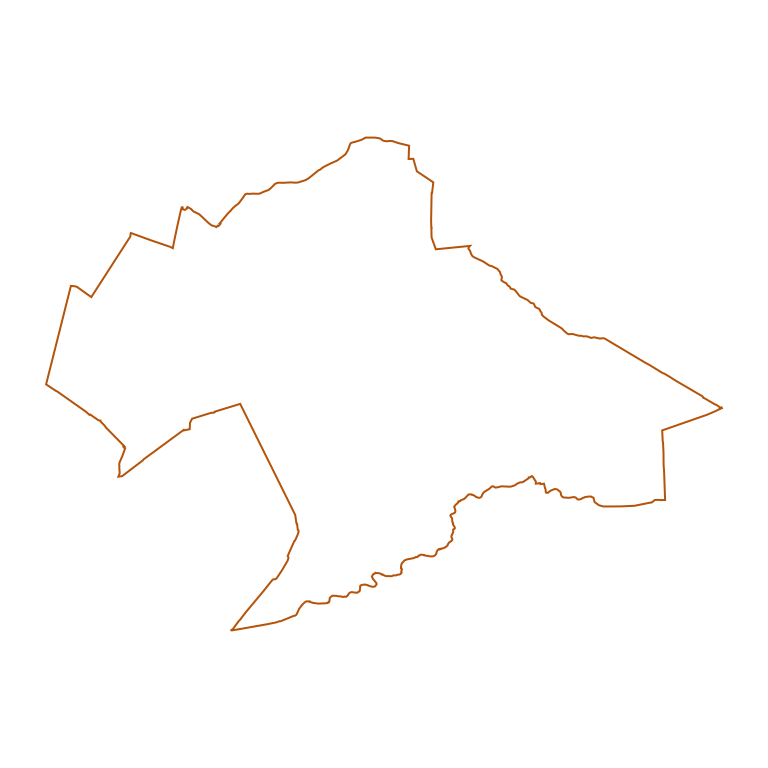 Nieuwkoop, Zuid-Holland, Netherlands
{"feature_id": "6326949B12363687207938", "entity_name": "Nieuwkoop", "entity_type": "district", "adm_level": 2, "iso_a3": "NLD", "parent_name": "Netherlands", "parent_adm1": "Zuid-Holland", "projection": "equal_earth", "projection_center": [4.798, 52.168], "detail": "fine", "context": "isolated", "style": "outline", "palette": "amber", "viewbox_px": 768, "rotation_deg": 0, "n_neighbors": 0, "source": "geoboundaries", "source_scale": "gbopen_adm2", "svg_char_len": 6115}
<svg xmlns="http://www.w3.org/2000/svg" viewBox="0 0 768 768"><path d="M198.4,213.8L193.5,211.5L191.1,209.0L187.5,207.0L186.9,207.8L186.8,208.7L184.9,209.9L182.8,209.3L182.8,208.4L182.4,208.3L182.5,207.3L182.0,207.2L181.9,206.6L180.7,211.0L177.2,226.7L174.0,241.9L172.8,248.2L170.3,246.9L150.1,240.0L130.9,233.0L130.4,234.4L130.4,236.4L91.3,297.1L77.0,286.9L75.0,286.3L70.9,285.9L46.1,384.4L56.1,391.0L56.8,391.2L61.1,394.2L86.3,412.0L89.5,414.9L90.2,414.5L98.6,420.4L100.5,420.6L100.5,421.1L100.9,421.8L105.2,426.2L105.5,427.1L124.4,446.3L123.4,446.8L123.8,447.5L125.2,448.2L122.3,456.1L119.5,462.6L119.2,464.9L119.4,466.2L119.3,467.9L119.7,473.1L118.4,476.7L122.2,476.1L142.9,460.3L143.8,459.2L183.7,429.9L183.9,430.4L189.7,429.2L190.0,422.8L192.1,418.7L211.2,412.8L213.7,412.7L214.6,412.3L214.6,411.7L240.2,403.9L295.2,514.9L296.3,522.4L296.6,523.7L296.8,524.2L297.1,524.1L297.8,529.9L298.4,530.2L298.6,531.5L297.6,534.9L295.5,539.6L294.7,541.0L294.3,541.1L287.9,555.5L287.7,556.1L288.0,556.4L288.4,557.4L288.4,558.3L287.6,560.7L282.1,570.1L276.7,578.2L276.3,578.7L275.0,579.2L273.1,579.4L272.0,580.4L263.3,591.3L245.9,612.1L240.6,619.0L240.5,619.4L239.2,620.5L233.1,628.7L232.3,629.5L230.6,630.4L232.7,630.3L267.3,624.2L276.6,622.3L279.4,621.2L279.9,621.4L280.9,621.1L293.9,615.8L295.2,615.6L296.2,614.9L296.7,614.2L299.2,608.7L301.8,605.4L301.7,605.3L304.4,602.6L306.2,601.4L307.9,601.3L309.9,601.9L310.0,601.7L310.2,602.0L313.6,603.0L318.6,603.6L325.3,603.3L327.8,603.0L328.9,602.2L328.7,601.9L329.2,601.7L329.6,599.9L329.6,598.6L329.9,597.8L331.3,596.4L332.6,595.7L336.9,595.9L338.6,596.4L340.7,596.3L342.2,596.9L343.7,596.9L344.4,596.6L346.1,596.8L347.5,595.7L347.4,595.6L349.4,593.0L351.0,592.2L351.9,592.1L354.0,592.5L355.6,592.5L356.7,592.9L357.8,592.4L358.6,591.6L359.3,591.5L359.9,590.4L360.0,588.4L360.3,586.5L360.1,586.2L361.1,585.2L364.0,584.5L365.1,584.8L365.8,584.6L368.0,585.3L368.2,585.6L372.5,586.8L373.6,586.8L375.1,586.3L376.5,584.5L376.6,583.7L375.8,582.3L373.1,579.1L371.9,576.5L373.1,574.3L375.0,573.4L375.3,572.9L375.7,573.2L376.5,573.0L379.6,573.3L380.8,573.8L381.3,574.4L382.2,574.7L382.4,574.4L384.5,575.6L386.3,576.1L391.7,576.2L393.3,575.4L395.7,575.4L398.2,574.6L399.3,574.6L400.5,574.1L400.7,573.8L401.1,573.1L401.3,571.7L401.5,571.8L401.4,571.0L401.8,569.8L401.6,569.8L401.5,568.4L401.0,568.2L401.0,566.6L401.5,564.1L402.0,563.2L404.4,560.5L406.6,559.5L413.7,558.1L416.0,557.0L416.8,557.2L418.4,556.2L418.7,555.5L419.8,555.3L421.1,554.6L424.1,555.0L424.1,555.3L426.9,555.9L427.6,555.8L430.1,556.4L432.8,556.4L434.8,555.6L436.4,553.6L436.5,552.2L437.6,550.1L438.9,549.3L439.7,549.5L440.4,549.2L440.0,548.9L443.3,548.2L445.1,547.4L447.0,546.0L447.8,545.0L447.8,544.4L449.2,542.4L450.9,541.3L451.3,541.2L452.3,539.9L452.3,539.2L451.5,537.1L451.4,536.2L451.7,535.3L452.2,534.7L452.1,534.3L453.2,532.2L453.1,530.0L453.2,529.5L454.7,528.6L454.9,528.0L454.3,526.5L453.0,524.4L452.9,523.7L453.1,523.6L453.1,523.2L452.3,521.7L452.1,518.3L450.6,516.2L450.4,515.5L450.9,514.6L454.7,512.8L455.2,512.1L455.4,511.3L455.3,510.0L454.2,506.8L455.6,504.8L457.1,503.6L457.7,502.8L458.1,502.6L458.3,501.6L459.1,501.1L459.5,501.4L459.9,501.3L460.8,500.3L464.0,499.0L465.1,498.1L468.3,494.7L468.9,494.4L471.4,494.4L471.4,494.6L474.0,495.4L475.9,496.8L478.1,497.7L479.5,497.8L480.6,497.4L481.5,496.6L482.6,494.0L483.8,492.2L488.7,489.2L490.2,488.0L490.9,487.2L492.3,486.3L493.3,486.4L495.5,487.6L498.3,487.2L501.3,486.3L509.7,486.7L511.2,486.5L514.9,485.3L517.2,483.6L520.1,482.4L522.1,482.3L523.0,482.0L528.7,478.2L528.9,477.9L528.8,477.3L530.2,477.3L531.7,476.1L532.3,476.3L533.1,477.3L535.8,481.5L535.8,483.7L540.1,483.1L540.4,484.1L544.0,483.7L545.0,488.1L545.7,489.7L545.7,491.7L546.1,492.7L548.0,492.8L548.8,491.9L551.0,490.5L553.8,489.3L555.4,489.0L557.6,489.6L559.0,490.9L560.1,491.7L560.6,492.4L561.2,495.3L561.6,496.0L562.7,497.1L563.8,497.5L569.1,497.8L572.6,497.2L574.6,497.1L575.9,497.7L577.6,499.3L578.5,499.6L580.2,499.3L582.3,498.4L582.7,497.9L584.6,497.4L585.1,497.0L589.4,496.5L591.3,496.6L592.2,497.3L593.5,497.7L594.5,501.8L594.9,502.3L598.9,505.2L603.4,506.5L620.7,506.4L634.4,505.8L651.4,502.4L651.7,502.5L654.8,500.0L658.2,499.8L660.5,500.1L665.1,500.0L664.1,471.6L663.6,465.0L663.5,452.9L663.0,442.1L662.7,441.2L662.2,430.4L706.9,414.8L715.6,411.1L719.7,409.1L719.6,408.9L721.9,408.2L721.6,407.4L720.2,407.5L716.4,404.9L714.8,404.3L704.2,398.1L703.2,397.8L702.6,396.4L675.4,380.5L669.8,376.9L664.6,373.8L662.0,372.7L649.5,365.0L644.7,362.4L604.4,338.4L603.0,338.2L599.9,338.6L594.2,337.3L591.0,337.9L588.6,336.9L586.5,336.3L583.2,336.4L581.6,335.8L578.6,335.7L573.0,334.1L571.0,334.0L569.0,334.3L567.1,333.5L563.2,330.0L562.1,328.7L559.4,326.9L548.8,320.5L543.4,316.4L541.9,314.8L541.5,312.5L540.2,310.9L539.6,309.4L539.0,308.8L535.4,307.1L534.0,304.2L533.6,303.5L530.8,302.9L527.6,300.0L520.4,296.6L519.1,295.5L516.9,292.5L514.7,289.9L513.9,289.5L510.7,288.6L509.7,286.7L507.7,285.4L506.2,283.2L504.4,282.4L501.5,280.5L501.3,279.8L501.9,277.6L501.8,276.4L500.5,274.1L500.0,272.1L497.5,269.0L491.9,266.2L489.2,265.5L483.4,261.6L474.3,257.4L472.5,256.2L471.2,254.2L470.0,250.7L468.4,248.6L468.6,247.4L470.0,245.9L435.8,249.3L431.7,237.8L431.5,236.0L431.4,228.4L431.7,227.9L431.3,227.5L431.1,220.8L431.6,193.3L431.7,192.8L432.1,192.8L433.3,182.3L416.9,171.4L413.3,158.8L408.6,159.0L409.1,145.7L398.3,143.1L392.2,141.0L390.0,140.9L386.9,141.3L384.2,141.0L382.5,140.3L380.5,138.7L378.2,138.1L375.0,137.6L365.6,137.6L362.2,139.5L360.3,140.2L355.9,141.6L352.0,142.6L350.9,143.1L350.1,144.1L348.1,149.8L346.1,153.3L345.2,154.5L337.1,160.6L330.3,163.6L324.3,166.6L321.8,168.2L320.5,169.4L318.4,170.4L308.4,178.5L305.1,180.3L297.9,182.5L295.5,182.7L290.6,182.4L282.9,182.8L278.5,182.7L277.0,183.0L274.9,184.0L271.1,187.9L268.6,190.0L264.1,191.6L259.9,193.5L258.2,193.8L252.8,193.6L249.8,193.9L247.0,193.7L245.5,194.1L244.2,195.7L243.4,197.1L238.7,203.4L235.0,206.2L232.5,208.5L230.4,211.0L228.0,213.3L219.6,223.5L220.4,223.9L218.4,226.1L217.7,225.7L216.3,227.1L215.3,226.5L211.5,225.3L210.7,224.7L208.4,222.9L200.0,214.9L198.4,213.8Z" fill="none" stroke="#b45309" stroke-width="2"/></svg>